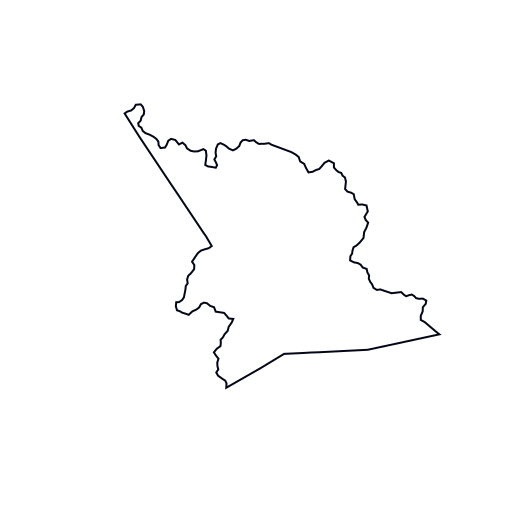 Caatiba, Bahia, Brazil, rotated 219°
{"feature_id": "56859067B44818441273124", "entity_name": "Caatiba", "entity_type": "district", "adm_level": 2, "iso_a3": "BRA", "parent_name": "Brazil", "parent_adm1": "Bahia", "projection": "orthographic", "projection_center": [-40.334, -14.98], "detail": "fine", "context": "isolated", "style": "outline", "palette": "ink", "viewbox_px": 512, "rotation_deg": 219, "n_neighbors": 0, "source": "geoboundaries", "source_scale": "gbopen_adm2", "svg_char_len": 2830}
<svg xmlns="http://www.w3.org/2000/svg" viewBox="0 0 512 512"><g transform="rotate(219 256 256)"><path d="M64.2,310.5L69.3,310.5L83.4,310.8L87.7,310.0L90.3,313.2L91.6,317.8L94.1,321.2L94.0,325.6L95.6,328.5L99.5,327.9L102.4,325.3L105.1,324.0L107.7,324.4L110.6,324.1L112.4,321.9L114.0,319.2L116.9,319.0L120.5,319.3L124.3,315.4L127.2,312.4L130.9,311.0L134.6,309.6L138.3,308.3L140.7,305.7L144.6,305.2L148.1,307.1L150.7,307.7L153.9,309.2L155.9,312.1L159.0,313.3L161.9,315.6L165.8,314.2L169.1,315.1L172.4,314.6L175.9,312.7L180.1,311.8L182.5,315.2L182.8,318.3L184.5,321.1L185.7,324.3L184.5,327.3L183.9,331.3L183.8,334.9L183.8,337.7L187.0,342.6L187.9,347.2L189.8,352.5L193.3,353.0L196.3,354.6L197.2,361.0L201.9,364.8L205.9,362.9L208.8,360.2L211.2,361.2L215.0,362.2L218.9,365.5L221.8,365.1L225.4,363.6L228.9,364.1L231.0,367.4L233.0,370.5L236.3,373.0L239.2,372.9L242.0,374.2L244.7,373.2L247.4,373.2L251.1,373.8L253.8,377.1L259.5,376.0L261.4,371.6L261.4,367.4L261.6,363.4L263.5,360.6L265.0,357.1L267.8,354.0L272.6,355.9L276.5,357.9L281.2,357.3L285.1,359.8L289.0,359.8L293.9,359.0L313.8,352.3L317.0,351.8L320.1,348.5L324.4,344.9L327.8,344.5L330.5,344.7L333.7,341.1L337.1,339.9L339.2,337.6L339.4,334.5L338.2,330.8L338.9,326.8L340.4,323.6L344.6,322.4L348.1,322.6L350.8,322.3L354.6,321.4L355.9,318.7L354.6,314.2L352.3,310.7L349.7,308.5L349.1,304.8L346.4,303.7L343.4,302.1L342.8,299.3L346.0,297.6L349.7,295.4L352.7,294.8L355.3,299.1L357.8,303.0L361.3,306.3L364.2,305.9L365.7,303.1L367.1,300.7L370.0,298.2L373.1,296.6L377.3,296.2L380.6,297.7L384.5,297.8L386.1,294.2L391.7,295.4L395.7,293.6L396.7,290.3L395.4,286.2L395.0,283.0L398.1,279.8L401.5,280.9L403.8,283.4L407.0,284.3L410.5,284.2L414.8,283.4L419.3,281.9L422.7,281.9L425.9,283.6L429.1,283.3L431.1,285.1L430.8,288.5L432.4,292.0L432.3,295.4L434.1,298.3L437.8,300.7L441.0,301.3L444.6,297.9L443.9,294.1L444.6,290.6L446.9,287.2L447.8,284.1L421.8,275.3L366.6,258.1L354.1,254.3L347.1,252.1L310.7,240.8L307.7,240.0L296.7,235.9L297.6,232.4L300.4,228.4L302.2,225.5L303.0,221.6L302.6,216.4L302.1,211.3L298.3,210.2L295.8,206.8L295.7,201.8L296.2,197.9L294.7,194.3L291.9,191.8L291.7,188.5L289.6,185.3L287.5,181.3L286.0,178.5L285.7,175.3L286.8,171.7L288.9,169.9L286.7,166.5L283.2,164.1L280.6,165.1L277.7,165.5L274.3,166.9L271.3,167.9L270.6,173.0L268.7,176.7L267.8,180.2L268.5,183.9L267.1,187.0L264.5,188.4L260.1,188.4L256.4,189.8L252.3,187.4L248.9,189.4L245.0,191.7L241.4,191.1L237.8,190.3L234.1,192.8L233.0,189.0L232.7,183.9L230.9,180.0L231.2,175.6L230.5,171.7L230.8,168.6L228.7,166.4L226.9,163.6L228.1,159.3L228.1,154.6L224.3,153.4L220.6,152.6L218.9,148.6L216.5,146.0L213.9,144.1L213.6,140.5L210.2,139.1L204.8,139.4L201.5,139.8L198.7,138.4L196.2,134.9L182.0,171.4L172.6,197.6L159.1,209.6L152.3,215.8L147.3,220.1L110.2,253.4L67.1,306.9L64.2,310.5Z" fill="none" stroke="#020617" stroke-width="2"/></g></svg>